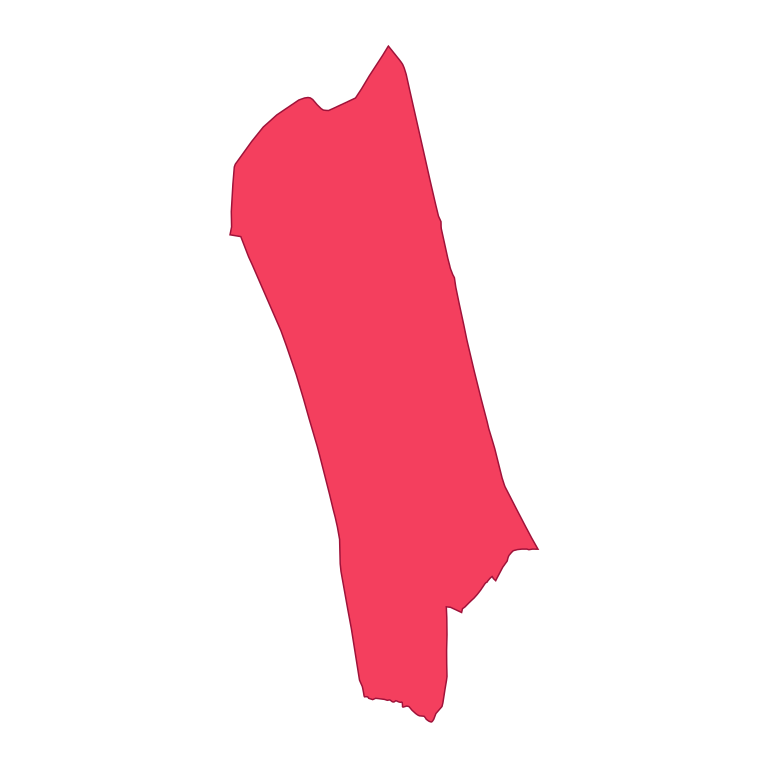 Tan Phu, Hồ Chí Minh city, Vietnam
{"feature_id": "81297802B97138813252769", "entity_name": "Tan Phu", "entity_type": "district", "adm_level": 2, "iso_a3": "VNM", "parent_name": "Vietnam", "parent_adm1": "Hồ Chí Minh city", "projection": "equal_earth", "projection_center": [106.631, 10.791], "detail": "fine", "context": "isolated", "style": "filled", "palette": "rose", "viewbox_px": 768, "rotation_deg": 0, "n_neighbors": 0, "source": "geoboundaries", "source_scale": "gbopen_adm2", "svg_char_len": 2335}
<svg xmlns="http://www.w3.org/2000/svg" viewBox="0 0 768 768"><path d="M359.5,680.1L360.3,682.0L362.3,686.5L362.7,688.2L363.5,692.4L364.1,696.0L364.5,696.8L365.6,696.7L367.2,696.7L368.1,697.3L368.7,698.3L372.7,699.6L375.7,698.3L378.4,698.6L384.5,699.4L387.3,700.3L389.7,699.9L390.3,700.2L392.1,701.6L393.1,702.0L394.1,701.9L395.9,700.7L396.9,701.1L398.7,701.9L400.3,702.3L401.7,702.1L402.2,702.5L402.5,705.1L402.5,706.6L403.0,707.1L404.9,706.6L406.5,706.1L408.0,706.3L409.1,706.7L411.9,710.1L413.3,711.4L415.6,713.5L417.7,715.0L419.4,715.8L422.6,716.1L424.1,716.3L425.3,717.7L426.2,719.2L427.6,720.3L429.1,721.3L430.8,721.9L431.7,721.9L432.6,721.0L433.7,719.4L434.5,717.3L435.7,714.1L435.8,713.7L442.0,706.5L442.9,702.8L445.1,688.7L446.5,680.4L447.0,676.5L446.7,663.3L446.6,650.4L447.0,634.9L446.8,617.8L446.3,606.8L450.5,607.3L452.0,608.0L461.6,612.5L462.5,608.7L465.0,606.9L468.4,603.4L471.6,600.3L474.0,598.1L477.2,594.5L480.5,590.3L485.1,583.5L486.0,582.6L487.1,582.1L487.8,580.9L490.0,578.3L492.1,576.5L493.0,577.7L493.2,578.4L495.7,580.7L497.0,578.1L502.8,567.1L507.2,561.0L508.1,557.4L509.0,555.4L511.1,552.9L512.8,551.1L513.9,550.5L516.7,549.8L517.3,549.6L522.0,549.1L526.9,549.1L528.9,549.7L532.5,549.1L538.0,549.2L531.6,537.9L525.6,526.6L516.6,509.3L508.5,493.5L505.0,486.7L504.4,485.1L502.1,478.0L498.5,463.6L495.4,451.2L494.8,448.8L492.2,440.0L488.8,428.8L487.1,421.6L481.1,398.7L474.3,371.4L467.4,342.2L466.7,339.1L463.8,325.0L459.3,304.2L455.8,287.2L454.4,277.7L452.7,274.5L451.8,272.1L450.8,269.6L450.2,267.8L449.7,265.6L447.8,258.3L441.3,228.7L441.1,226.6L441.0,221.7L438.5,216.2L435.6,204.3L430.0,180.1L424.2,154.3L413.2,105.7L409.5,89.3L406.2,74.4L404.2,68.0L402.7,64.5L401.2,62.2L399.3,59.7L388.4,46.1L388.0,46.6L387.1,48.1L382.5,55.6L369.4,75.7L361.5,88.9L355.5,98.0L333.3,108.4L328.6,110.5L326.0,110.4L323.4,110.1L321.2,108.7L317.1,104.7L312.7,99.5L310.3,97.9L308.0,97.5L304.5,98.0L298.8,100.0L276.8,114.9L263.3,127.0L251.8,141.3L235.3,164.2L234.3,167.0L232.9,184.1L231.3,211.6L231.6,226.9L230.0,234.8L240.8,236.6L248.6,256.8L252.4,265.1L280.9,330.6L286.5,346.1L296.2,374.5L303.6,399.2L308.6,416.9L309.1,418.7L317.3,446.5L319.5,454.8L329.5,494.1L333.3,509.9L335.2,517.2L337.4,527.0L339.6,539.4L340.2,563.8L341.0,571.5L347.8,609.5L351.4,628.9L359.5,680.1Z" fill="#f43f5e" stroke="#9f1239" stroke-width="1.5"/></svg>